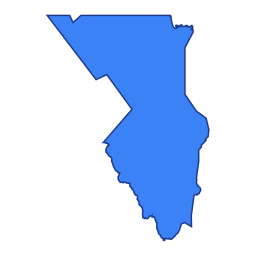 the district of Sohe District, Northern, Papua New Guinea
{"feature_id": "67681753B17052128293430", "entity_name": "Sohe District", "entity_type": "district", "adm_level": 2, "iso_a3": "PNG", "parent_name": "Papua New Guinea", "parent_adm1": "Northern", "projection": "equal_earth", "projection_center": [147.829, -8.649], "detail": "fine", "context": "isolated", "style": "filled", "palette": "blue", "viewbox_px": 256, "rotation_deg": 0, "n_neighbors": 0, "source": "geoboundaries", "source_scale": "gbopen_adm2", "svg_char_len": 5669}
<svg xmlns="http://www.w3.org/2000/svg" viewBox="0 0 256 256"><path d="M47.2,15.4L96.1,79.6L106.8,74.6L132.0,109.3L103.3,142.5L104.3,142.5L104.6,142.6L105.0,142.6L105.3,143.0L106.0,142.8L106.5,143.0L106.7,143.3L106.9,143.5L107.0,143.5L107.8,143.9L108.0,143.7L108.2,143.9L108.4,143.8L108.7,144.4L108.6,144.7L108.7,144.9L108.8,145.3L109.0,145.4L108.9,145.5L108.0,145.6L107.9,145.8L107.8,146.1L107.6,146.2L107.0,146.7L106.9,147.0L106.9,147.4L106.7,147.8L106.2,148.7L106.3,149.2L106.0,149.6L105.9,150.4L105.9,151.0L106.1,151.5L105.9,152.0L106.5,152.5L106.7,152.9L106.8,153.1L107.6,153.4L107.8,153.7L108.0,154.6L108.2,154.9L108.7,155.0L108.8,155.3L108.8,155.6L109.0,155.8L109.4,156.1L109.6,156.4L110.2,156.6L110.4,157.0L111.2,157.5L111.6,158.2L111.7,158.5L111.9,159.1L111.7,159.8L111.7,160.3L111.8,160.7L111.7,161.5L112.2,162.5L112.3,162.9L113.1,164.8L113.1,165.3L113.3,165.9L113.4,166.4L113.6,166.8L114.2,167.6L114.6,168.7L115.7,170.6L117.2,171.4L117.8,171.8L118.0,172.2L117.9,172.4L118.0,172.7L119.1,172.6L119.5,172.7L119.8,172.8L119.8,173.0L119.7,173.3L118.9,175.0L118.8,175.7L118.3,176.4L118.2,176.8L118.1,177.3L118.2,178.0L118.3,178.9L118.4,179.8L118.8,180.6L119.3,180.9L120.0,182.0L120.4,182.3L122.1,182.4L123.2,182.8L123.4,182.7L123.8,181.9L124.2,181.7L124.7,181.9L125.8,182.5L126.1,182.9L127.1,183.1L127.5,183.1L127.9,182.9L128.2,182.9L128.4,183.0L128.6,183.3L129.4,183.4L129.7,183.3L129.9,183.9L129.9,185.6L129.9,186.2L130.5,187.0L131.2,187.4L131.9,188.5L132.0,188.9L132.2,188.7L132.7,189.6L133.1,190.3L133.5,190.7L133.6,191.2L133.9,191.5L133.9,192.1L134.0,192.6L134.1,192.9L134.8,193.3L134.9,193.5L135.1,194.9L135.3,195.1L135.5,195.2L135.9,195.0L136.2,194.9L136.4,195.1L136.6,195.4L137.1,195.6L137.3,195.9L137.4,196.8L137.5,197.3L137.5,197.8L137.3,198.6L137.2,199.1L137.2,199.4L137.4,199.6L137.7,200.0L137.9,200.2L138.2,200.3L138.4,200.5L138.5,201.3L138.8,201.7L138.8,202.4L138.9,202.7L139.1,203.6L139.1,204.8L140.0,205.4L140.8,205.8L140.9,206.0L141.0,206.3L141.3,206.9L141.8,207.1L141.9,207.3L142.1,207.8L142.6,210.0L142.9,210.5L142.8,211.2L142.8,212.0L142.7,212.3L142.7,213.2L142.5,214.2L142.5,214.5L142.9,216.0L142.9,216.4L142.9,217.2L142.8,217.6L142.9,217.8L143.9,218.1L144.6,218.5L145.5,218.0L146.0,218.3L146.8,218.7L147.2,218.7L147.7,218.4L148.1,218.0L148.4,217.7L149.0,217.2L149.4,216.3L149.7,215.9L149.9,215.9L150.9,216.1L151.8,215.7L152.0,215.5L151.9,216.3L151.9,216.6L152.0,216.9L152.2,217.0L152.4,216.8L152.6,216.8L152.8,216.9L153.1,217.0L153.4,216.8L154.1,216.8L154.4,216.9L154.6,217.8L154.7,218.1L154.8,218.5L155.0,218.8L155.2,219.5L155.4,219.8L155.6,220.1L155.7,220.3L155.6,220.5L155.6,220.8L155.8,221.0L155.9,221.6L156.2,222.1L156.8,222.5L156.8,222.8L156.7,224.4L156.9,225.3L156.9,226.5L156.8,226.9L156.6,227.4L156.8,228.2L156.9,228.3L157.1,229.1L157.4,229.6L157.7,229.8L157.8,230.0L157.9,230.3L157.7,230.7L157.8,231.0L158.0,231.3L158.4,231.8L158.3,232.7L158.3,233.0L159.0,234.0L159.8,234.7L160.0,234.9L160.0,235.2L160.6,235.5L160.7,236.3L161.4,237.3L161.7,237.6L162.0,238.1L162.8,238.2L163.2,238.4L163.4,239.0L163.2,239.8L163.3,240.1L163.7,240.3L164.0,240.5L164.7,240.3L164.8,240.1L164.9,239.9L164.9,239.5L164.7,238.8L164.8,238.6L165.0,238.4L165.6,238.4L167.0,238.8L167.6,238.8L168.2,239.0L168.6,239.0L168.8,238.9L169.2,238.5L169.5,238.4L169.6,238.5L170.1,239.0L170.7,239.2L170.9,239.2L171.4,238.9L171.6,238.9L171.9,239.0L175.2,235.7L175.6,235.0L176.1,234.5L176.6,234.0L177.2,233.6L178.3,232.3L178.4,231.7L179.5,229.9L180.0,228.0L180.2,227.5L180.9,225.5L181.2,224.0L184.6,222.6L191.5,226.6L191.3,215.6L193.9,195.9L195.2,194.6L196.0,194.5L196.6,194.8L196.6,194.6L196.9,194.4L197.3,194.6L197.9,193.9L198.1,194.0L198.6,193.9L198.7,193.6L198.9,193.7L199.2,193.3L199.4,192.4L199.7,192.1L199.8,191.8L200.0,191.6L200.7,190.3L200.6,189.3L200.2,188.4L199.9,187.4L199.3,187.1L198.7,186.7L198.1,185.8L197.4,185.7L197.3,184.5L196.4,183.0L196.5,181.7L196.7,180.4L196.5,177.2L198.7,161.5L198.7,150.0L201.3,147.0L201.5,145.0L205.3,141.2L205.4,139.6L205.9,139.1L206.0,139.2L205.9,138.5L208.1,136.8L208.8,129.6L206.1,118.2L196.3,111.1L184.9,94.3L184.9,47.7L193.1,32.1L193.1,31.7L192.9,31.3L192.9,31.0L192.8,30.9L192.8,30.7L193.0,30.3L193.0,29.5L192.8,29.5L192.6,29.6L192.4,29.9L192.2,29.8L191.9,29.5L191.6,29.5L191.4,29.3L191.3,28.8L192.0,28.9L192.4,28.2L192.3,27.6L192.8,27.1L192.8,26.8L192.7,26.6L192.0,25.7L191.8,25.6L191.5,25.5L191.3,25.6L191.2,25.7L191.0,26.1L190.7,26.6L190.4,26.4L190.0,26.6L189.8,26.6L189.2,27.0L188.4,26.9L188.1,27.1L187.9,27.1L187.7,26.8L187.8,25.9L187.7,25.7L187.3,25.8L187.0,26.1L186.9,26.1L186.7,25.7L186.5,25.4L186.4,25.4L186.1,25.5L185.6,26.1L185.4,26.2L185.0,26.1L184.7,26.5L184.3,26.4L184.2,26.3L183.6,26.6L183.0,26.6L182.9,26.5L182.6,26.4L182.3,26.0L181.8,25.2L181.4,24.8L180.9,25.0L180.7,25.0L180.3,25.3L180.1,25.4L179.9,25.8L179.9,26.2L180.0,26.3L180.3,26.0L180.4,25.7L180.6,25.4L180.9,25.3L180.9,25.6L180.6,26.2L180.3,26.6L180.1,26.7L179.9,26.6L179.8,26.4L179.6,26.3L179.4,26.1L178.6,25.9L178.4,25.8L178.0,25.6L177.4,25.5L177.5,26.2L177.6,26.6L177.8,27.0L177.4,26.9L176.8,26.4L176.1,25.5L175.9,25.4L175.7,25.6L175.7,26.0L175.9,26.4L176.3,26.4L176.5,26.6L176.6,26.8L176.6,27.1L176.4,27.4L176.4,27.5L176.6,27.7L176.8,27.5L176.7,28.1L176.2,28.0L175.7,28.4L175.3,28.4L174.6,28.2L174.2,27.9L173.8,27.6L173.2,26.3L172.7,25.6L172.5,25.1L172.5,24.6L172.2,24.1L172.1,23.8L172.0,23.6L171.9,23.4L171.9,22.3L171.7,21.7L171.5,20.8L171.4,20.6L171.2,19.4L171.2,18.1L171.0,16.7L170.8,16.4L170.6,16.1L170.1,16.2L170.1,15.9L170.4,15.8L170.5,15.6L170.3,15.4L81.0,15.4L73.0,22.6L69.7,15.4L47.2,15.4ZM177.1,26.1L176.9,25.7L176.8,25.3L176.6,25.3L176.5,25.6L176.9,26.1L177.1,26.2L177.1,26.1Z" fill="#3b82f6" stroke="#1e3a8a" stroke-width="1.5"/></svg>